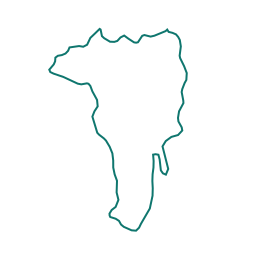 SVG path tracing the border of Dominican Republic, rotated 80°
{"feature_id": "DOM", "entity_name": "Dominican Republic", "entity_type": "country or territory", "adm_level": 0, "iso_a3": "DOM", "parent_name": "North America", "parent_adm1": "", "projection": "mercator", "projection_center": [-70.506, 18.775], "detail": "fine", "context": "isolated", "style": "outline", "palette": "teal", "viewbox_px": 256, "rotation_deg": 80, "n_neighbors": 0, "source": "natural_earth", "source_scale": "50m", "svg_char_len": 1419}
<svg xmlns="http://www.w3.org/2000/svg" viewBox="0 0 256 256"><g transform="rotate(80 128 128)"><path d="M38.5,171.6L38.8,161.9L40.2,158.0L38.9,153.8L32.7,149.4L28.9,143.7L25.5,138.7L26.3,137.9L33.0,137.7L35.4,135.9L39.9,130.7L40.8,126.5L40.4,123.4L37.5,119.6L36.3,115.7L40.0,112.2L44.7,107.2L45.4,105.2L45.3,103.3L39.7,98.0L39.3,95.7L41.9,89.9L41.7,86.0L39.1,74.1L37.9,72.3L40.4,71.3L42.0,67.7L44.1,64.5L47.0,62.8L50.3,61.7L56.8,61.8L65.8,64.6L68.3,64.5L76.9,62.0L84.1,60.6L90.8,62.2L93.5,64.4L99.1,67.8L101.9,68.9L110.7,68.8L113.1,69.1L120.4,74.8L126.7,77.0L130.3,77.2L136.7,75.0L139.9,75.0L143.6,79.9L144.3,86.8L147.4,93.1L152.1,97.2L175.3,95.5L180.5,98.8L178.7,101.5L175.4,103.0L164.4,102.3L159.6,102.7L158.6,105.4L158.6,107.9L165.0,108.5L171.4,109.8L177.8,111.8L184.4,113.2L191.7,114.1L199.0,115.6L211.1,120.5L224.5,131.8L228.1,134.4L230.5,137.9L229.4,142.2L224.6,149.3L221.9,151.6L217.9,153.0L215.2,155.9L212.6,160.9L211.0,161.3L209.1,161.1L205.9,158.3L203.6,153.9L197.1,149.9L189.5,150.4L178.1,148.0L171.3,149.2L164.4,149.4L157.4,148.2L150.3,147.8L143.3,149.3L136.5,151.9L134.0,153.6L129.6,157.6L127.3,159.1L110.6,161.1L105.8,158.2L101.4,154.1L95.0,153.6L85.8,156.7L80.0,157.8L77.6,159.2L76.9,160.7L76.9,166.4L75.6,169.8L66.5,182.8L61.5,191.9L59.4,194.8L56.9,195.4L52.5,190.1L49.7,188.2L46.1,187.3L44.7,184.5L44.7,180.5L43.8,176.6L41.6,173.6L38.5,171.6Z" fill="none" stroke="#0f766e" stroke-width="2"/></g></svg>